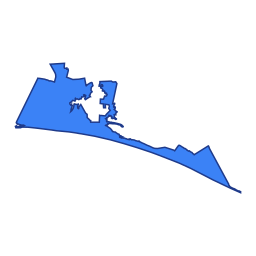 the district of San Francisco del Mar, Oaxaca, Mexico
{"feature_id": "50627088B36646128750714", "entity_name": "San Francisco del Mar", "entity_type": "district", "adm_level": 2, "iso_a3": "MEX", "parent_name": "Mexico", "parent_adm1": "Oaxaca", "projection": "mercator", "projection_center": [-94.444, 16.207], "detail": "fine", "context": "isolated", "style": "filled", "palette": "blue", "viewbox_px": 256, "rotation_deg": 0, "n_neighbors": 0, "source": "geoboundaries", "source_scale": "gbopen_adm2", "svg_char_len": 5688}
<svg xmlns="http://www.w3.org/2000/svg" viewBox="0 0 256 256"><path d="M228.7,184.2L209.5,148.6L208.7,146.3L208.3,145.9L194.2,154.7L193.9,154.2L192.8,153.6L192.0,152.5L190.6,151.9L190.0,151.5L189.6,151.0L189.2,150.8L188.6,151.1L186.9,150.1L186.8,149.6L186.2,149.3L185.1,148.5L184.3,148.5L183.5,147.6L183.0,147.5L180.1,145.6L179.3,145.3L178.8,145.3L178.1,146.0L174.7,150.8L173.7,150.1L164.9,147.3L157.6,148.5L155.2,148.4L154.0,148.2L152.7,147.7L149.6,146.2L147.0,145.2L144.2,143.8L141.1,142.5L140.6,142.0L140.1,142.0L139.3,141.6L139.2,141.1L138.5,141.1L138.4,141.4L138.0,141.4L136.9,140.9L136.0,140.8L134.3,140.0L132.1,139.7L131.6,139.8L130.9,139.4L130.6,139.0L130.1,138.8L128.9,139.1L129.8,139.4L129.6,139.6L129.2,139.6L127.8,139.3L127.4,139.3L126.3,138.7L125.3,138.6L124.9,138.2L124.3,138.0L123.6,138.2L122.9,137.9L122.2,137.9L121.8,138.1L121.2,137.8L119.7,137.3L119.7,136.9L120.2,137.0L120.8,137.5L121.1,137.5L121.1,137.3L120.7,137.2L120.6,136.6L122.0,137.3L122.7,136.9L121.7,136.5L120.8,135.7L119.6,135.6L119.3,135.3L119.2,134.5L119.0,134.2L118.5,134.0L117.8,133.9L115.7,132.4L115.5,132.1L113.8,131.9L112.9,131.4L112.6,131.5L112.5,131.2L112.0,130.8L112.0,130.4L110.4,128.5L108.0,126.9L107.2,126.1L106.8,126.0L105.6,125.5L105.9,125.1L107.6,124.7L108.1,124.3L108.1,123.9L107.9,123.6L110.3,123.5L113.0,123.8L114.5,123.8L116.9,124.1L118.7,124.8L119.2,124.8L119.8,125.0L120.5,125.3L121.1,126.2L122.2,127.0L123.1,126.8L123.2,126.6L123.1,126.3L122.2,125.6L121.8,125.0L120.7,124.4L117.5,123.5L113.6,122.6L112.6,122.6L111.5,122.2L110.2,122.2L108.4,121.7L106.9,121.8L106.6,121.4L106.5,120.9L107.0,120.4L107.0,119.8L106.7,119.6L106.4,119.6L105.8,118.8L106.3,118.8L106.8,118.5L107.1,118.1L106.9,117.8L106.5,117.9L106.6,117.6L106.9,117.4L107.4,117.5L107.8,117.4L108.6,116.1L109.7,116.2L109.9,115.8L109.5,115.4L109.9,115.4L110.2,115.7L110.7,115.7L110.7,116.1L111.2,116.2L111.8,116.6L112.0,117.3L111.5,117.6L111.4,117.9L112.2,118.6L113.6,118.3L115.0,118.7L115.2,119.2L115.4,119.4L116.1,119.3L116.4,119.1L116.4,118.8L116.1,118.7L115.6,118.3L114.9,117.4L114.3,117.2L114.2,116.6L114.5,115.3L114.3,114.9L114.9,114.9L115.0,114.4L115.3,114.4L115.8,114.6L115.7,113.6L116.0,113.0L116.3,112.8L116.4,112.5L116.3,112.2L117.0,112.1L117.1,111.8L116.2,111.4L115.7,110.7L115.3,110.6L114.7,109.7L114.4,109.5L114.6,109.4L115.0,109.0L115.3,107.5L115.1,107.0L114.9,106.8L114.2,107.6L113.6,106.9L113.8,105.5L114.1,104.9L114.8,103.9L114.6,103.3L112.6,103.8L116.9,83.6L115.7,81.8L113.6,82.0L112.5,81.9L111.3,81.1L99.9,81.6L99.9,83.2L99.3,84.7L99.1,85.8L99.1,86.2L100.8,86.0L100.9,85.2L101.3,84.7L101.7,84.5L102.4,84.8L102.7,85.5L102.8,86.1L102.5,86.4L101.5,86.3L101.1,86.6L100.7,87.4L100.7,87.8L100.9,88.1L101.7,88.3L102.8,89.5L102.9,90.1L102.4,90.6L102.4,90.9L103.3,91.2L104.4,91.0L104.7,91.3L104.7,92.6L104.9,92.8L105.7,93.0L105.2,93.4L105.6,93.8L105.9,93.9L106.3,93.6L106.8,94.0L107.1,94.4L106.6,95.8L106.0,95.9L105.7,96.3L104.6,96.1L103.5,99.2L100.4,99.1L100.2,103.5L103.5,104.0L103.4,105.5L103.6,107.8L105.5,107.8L105.2,104.3L108.9,104.8L109.4,106.4L108.9,107.8L108.8,108.6L110.2,110.4L106.5,114.2L105.2,115.9L101.4,115.5L100.2,115.5L99.6,115.3L99.3,122.2L90.7,122.2L90.7,120.7L90.2,120.7L89.5,119.7L87.2,117.6L87.1,114.3L85.6,113.1L80.8,104.5L78.6,107.4L78.5,107.7L78.7,108.3L78.7,108.6L78.4,108.7L77.7,108.0L77.6,106.5L77.7,105.9L78.5,104.4L78.3,104.1L77.8,104.6L77.3,104.3L76.6,104.5L75.5,104.2L75.3,104.3L74.5,103.9L74.2,103.9L73.9,104.8L73.9,105.5L73.7,106.9L73.1,108.6L72.3,109.7L71.9,110.5L71.5,110.9L70.8,111.5L71.0,110.9L71.1,109.3L72.3,105.7L72.3,105.4L71.8,105.2L71.5,104.9L71.5,104.4L71.2,104.8L70.9,104.7L70.8,104.9L71.6,105.6L70.7,105.1L70.5,104.6L69.8,103.9L69.8,102.9L70.3,102.7L70.8,102.1L71.6,101.9L72.3,100.6L72.5,100.4L73.5,100.5L73.8,100.7L74.5,100.8L74.6,101.0L75.1,101.0L75.2,100.2L75.5,100.0L75.5,99.7L75.2,99.1L75.3,98.3L75.5,98.2L76.0,99.0L77.0,99.1L77.6,98.9L78.4,99.5L78.9,99.6L79.7,99.2L80.0,98.6L81.0,99.0L81.1,98.9L81.5,97.9L81.7,96.9L82.8,97.0L84.3,96.3L84.3,95.9L83.6,95.2L83.6,94.9L83.9,94.7L84.3,94.7L84.6,94.8L85.1,95.5L85.6,95.4L85.8,95.8L85.2,96.3L85.4,97.1L85.1,97.8L84.9,98.0L84.7,98.6L84.9,99.0L85.2,99.1L85.3,99.6L85.5,99.7L86.2,99.1L89.8,96.8L90.4,96.7L89.4,95.3L90.0,94.9L90.6,93.1L92.1,91.8L91.8,91.2L91.0,90.5L91.2,88.0L91.6,86.9L92.9,85.8L92.9,85.4L92.7,85.1L92.2,83.0L91.9,82.6L91.5,82.5L90.3,82.9L87.7,84.5L86.4,85.6L86.3,84.9L85.9,85.0L84.6,78.2L78.9,79.2L72.8,79.5L66.6,77.2L68.3,70.6L68.1,69.1L66.9,69.2L66.9,68.0L66.5,68.0L66.3,68.3L64.5,68.2L64.2,67.2L64.5,63.3L50.2,64.2L55.0,72.8L55.6,74.4L55.8,76.6L55.7,77.3L54.5,82.0L50.8,80.9L49.3,80.9L48.6,80.6L48.0,80.2L46.7,79.8L46.4,79.9L45.6,79.5L44.7,79.2L39.7,78.4L38.1,78.3L37.9,78.2L20.2,114.3L16.7,121.5L16.7,121.8L16.3,122.4L16.5,123.2L16.9,123.6L17.1,123.4L17.2,123.5L17.7,124.2L17.8,124.1L17.6,123.7L18.2,124.1L19.1,124.3L19.4,124.7L19.7,124.8L20.2,124.7L20.7,124.8L21.9,125.3L22.5,125.1L23.6,125.1L24.3,125.5L24.0,125.6L23.5,125.5L22.9,125.7L22.6,125.5L21.9,125.5L21.2,125.9L20.1,125.8L20.0,126.0L20.3,126.1L22.3,126.2L22.7,126.4L23.2,126.4L23.2,126.6L22.4,126.5L22.1,126.2L21.9,126.5L17.8,126.5L16.9,126.7L16.7,126.7L16.3,125.8L15.9,126.1L15.8,126.3L15.4,126.4L15.4,126.6L15.6,126.9L15.9,127.8L18.1,127.8L19.2,127.7L20.2,127.8L22.3,127.1L23.2,127.1L27.9,127.2L36.5,128.1L51.8,130.0L56.2,130.7L69.0,131.9L76.5,133.0L79.1,133.5L81.3,133.8L94.7,136.2L110.7,139.9L123.9,143.6L137.3,147.7L151.1,152.3L157.6,154.7L179.2,163.1L190.1,168.1L213.0,179.9L230.6,188.3L240.6,192.7L240.6,191.6L239.8,191.4L239.4,191.0L237.8,190.8L237.3,190.4L236.6,190.3L235.9,189.6L234.2,188.7L233.2,188.4L231.5,187.6L230.4,186.9L229.8,186.7L229.4,185.7L228.7,185.1L228.7,184.2Z" fill="#3b82f6" stroke="#1e3a8a" stroke-width="1.5"/></svg>